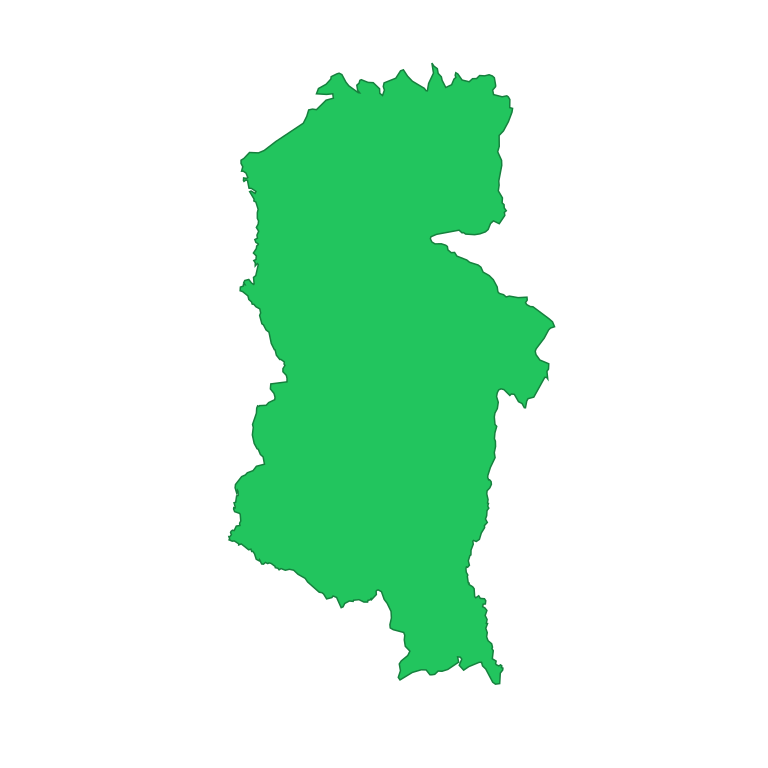 the district of Kamina, Katanga, Democratic Republic of the Congo, rotated 171°
{"feature_id": "63176286B31000864957103", "entity_name": "Kamina", "entity_type": "district", "adm_level": 2, "iso_a3": "COD", "parent_name": "Democratic Republic of the Congo", "parent_adm1": "Katanga", "projection": "natural_earth1", "projection_center": [24.927, -8.635], "detail": "fine", "context": "isolated", "style": "filled", "palette": "green", "viewbox_px": 768, "rotation_deg": 171, "n_neighbors": 0, "source": "geoboundaries", "source_scale": "gbopen_adm2", "svg_char_len": 6137}
<svg xmlns="http://www.w3.org/2000/svg" viewBox="0 0 768 768"><g transform="rotate(171 384 384)"><path d="M561.4,254.3L558.5,252.5L556.4,252.4L552.5,248.9L552.7,247.8L550.0,248.4L543.6,241.4L541.3,241.7L540.9,239.3L539.8,239.3L538.5,236.7L537.6,230.9L535.0,228.9L534.4,229.9L533.0,225.4L531.2,224.9L529.0,226.3L526.9,224.8L525.5,225.3L523.5,224.4L520.1,220.9L520.1,219.6L517.6,218.6L516.7,216.9L514.6,217.8L510.6,215.5L506.4,215.8L502.3,214.2L498.7,209.5L492.3,204.4L490.4,200.4L480.6,188.5L477.8,187.5L476.5,186.0L474.3,180.7L468.9,181.2L467.5,182.6L464.2,180.6L461.3,169.8L459.3,170.3L457.1,173.4L452.1,175.1L448.5,174.1L447.9,175.2L442.4,174.9L438.0,171.8L434.3,171.2L433.6,172.9L431.5,172.9L430.4,174.0L430.1,172.9L424.5,177.2L424.2,180.6L423.4,181.3L422.0,181.6L419.0,179.3L417.5,171.2L415.2,166.9L412.6,158.3L413.3,151.7L415.8,145.4L416.0,142.1L413.3,139.9L403.4,135.5L402.8,132.6L404.0,128.1L404.0,121.6L400.2,116.1L403.0,112.1L410.3,107.8L412.7,105.1L412.6,98.2L415.8,92.0L414.5,89.2L401.1,94.7L391.9,95.9L387.1,95.0L384.1,89.6L381.9,89.3L379.3,89.3L375.4,92.0L371.6,91.2L365.6,92.1L353.8,97.6L354.0,103.0L351.4,102.3L350.2,100.1L353.7,94.4L350.1,88.9L344.4,91.6L333.6,94.2L331.2,93.9L330.8,90.2L328.1,86.6L323.3,72.5L320.9,70.1L316.6,70.0L314.4,80.2L311.5,82.9L311.0,84.8L312.4,85.6L311.7,87.1L312.8,88.4L314.7,87.6L317.0,89.2L317.5,90.4L316.6,92.8L320.0,95.7L317.8,103.5L318.8,105.8L318.0,107.1L318.3,110.6L321.4,114.2L322.2,118.3L320.9,122.3L321.7,126.8L319.2,131.2L320.4,131.6L319.0,135.3L320.3,139.5L317.8,144.2L319.4,147.1L321.4,148.6L320.5,151.0L318.3,150.9L317.4,154.0L318.4,156.2L322.4,157.2L323.6,160.0L326.8,158.5L327.7,159.9L327.0,167.7L328.1,169.8L331.4,172.7L331.0,174.0L331.9,174.6L331.8,181.0L331.1,182.2L332.2,185.2L332.0,188.7L331.2,190.5L330.1,189.9L328.0,191.6L328.4,196.2L326.0,201.1L324.9,201.6L324.0,206.4L320.9,211.8L320.9,214.8L320.0,215.5L317.5,214.0L314.1,215.6L311.2,221.6L307.1,226.4L307.0,228.4L303.6,231.1L304.9,234.8L303.2,237.8L302.1,242.8L299.9,245.0L300.7,247.2L299.5,249.7L300.4,250.2L299.3,253.5L299.7,259.4L298.9,262.4L295.7,264.9L293.6,268.1L293.5,270.9L294.7,272.9L295.6,272.9L296.2,275.4L295.8,277.3L292.0,284.9L285.8,293.9L285.8,299.0L283.6,304.8L282.9,310.1L283.5,312.6L282.1,318.4L279.3,324.5L280.7,326.7L280.2,334.2L279.0,337.9L275.9,342.0L274.0,348.1L274.8,354.0L273.5,357.6L271.7,360.2L269.2,360.9L266.4,359.7L261.5,353.0L259.8,354.2L256.9,353.4L253.9,345.5L250.7,343.1L249.1,338.6L248.0,338.4L245.7,344.8L244.0,347.0L238.1,347.6L224.2,365.4L222.3,365.1L221.5,363.5L221.1,371.0L219.2,373.0L218.1,378.2L226.3,383.3L229.3,389.3L229.5,392.7L228.2,395.0L218.6,404.2L212.9,411.7L210.8,413.2L206.6,413.9L207.8,419.0L210.7,422.5L224.8,437.0L227.4,437.6L230.6,440.1L231.5,442.2L229.4,444.5L229.2,447.4L238.0,448.3L246.4,451.2L249.8,450.9L251.9,453.5L255.9,455.4L257.1,457.3L257.0,462.1L259.7,469.9L263.1,474.6L268.6,479.0L270.0,484.2L272.4,486.8L280.4,490.8L282.8,493.5L292.0,498.9L293.7,502.9L297.1,503.2L299.9,506.5L299.9,509.9L301.3,511.4L305.4,513.5L311.7,514.4L314.5,516.8L315.5,520.2L314.6,522.1L308.6,523.6L285.8,524.2L283.3,521.1L281.8,521.1L279.9,519.3L271.1,517.3L265.8,517.3L260.0,518.4L257.0,520.3L253.7,525.8L250.4,528.0L245.1,524.3L238.3,531.6L238.3,534.7L236.1,536.0L237.7,539.1L237.4,542.4L239.0,544.4L237.9,549.3L240.9,556.9L239.2,562.4L238.9,566.5L233.5,581.5L232.9,586.5L235.4,595.6L233.0,600.7L231.4,611.5L226.4,615.3L220.1,623.6L215.1,632.4L213.9,636.1L216.6,637.3L215.2,645.3L216.3,648.1L217.6,649.4L222.4,649.2L230.5,652.7L230.7,657.3L227.3,660.2L227.0,661.5L227.1,669.2L228.8,671.3L231.8,673.0L236.4,672.6L241.3,673.7L244.8,671.2L248.8,671.7L252.6,669.2L259.3,672.0L262.6,678.7L264.4,680.2L265.4,677.8L265.1,675.5L267.1,674.3L270.4,669.0L276.6,667.2L279.1,674.9L279.3,678.4L281.9,682.3L282.0,687.1L285.0,690.2L286.5,693.5L286.5,683.3L292.9,673.9L295.3,666.8L296.6,667.1L297.9,669.7L308.6,678.6L312.6,684.4L315.7,691.3L318.7,690.7L324.5,684.2L336.8,681.4L338.2,677.9L337.6,674.2L340.3,669.2L342.7,671.7L342.2,676.3L347.5,683.3L352.6,684.4L358.8,688.1L360.3,687.7L361.6,685.0L364.1,683.4L364.1,678.3L362.5,675.4L363.9,675.8L372.1,684.0L374.4,688.1L377.2,696.2L379.7,698.0L382.0,697.7L388.1,695.8L388.8,693.5L394.3,689.1L402.5,686.1L405.3,681.2L395.4,679.0L389.2,678.7L389.3,674.2L396.8,673.4L407.8,665.5L411.6,666.7L415.5,666.5L418.4,660.5L422.9,654.2L452.8,640.5L465.8,633.4L471.8,631.9L480.6,633.7L487.1,628.7L490.2,627.4L490.7,624.2L489.5,620.7L491.4,616.5L489.7,616.2L487.3,613.9L486.2,609.2L487.7,608.6L490.4,609.5L491.0,607.0L490.6,606.0L488.5,607.1L487.0,606.4L486.7,598.5L484.3,597.9L480.3,594.2L481.5,592.4L485.1,595.4L486.6,595.0L483.4,587.0L483.9,585.1L482.1,583.8L481.0,576.2L482.3,573.1L483.2,567.4L482.4,564.7L483.3,561.5L485.6,558.6L483.9,554.5L486.2,550.9L486.2,547.8L489.0,546.9L488.4,543.9L486.4,542.2L486.4,541.4L488.2,540.2L488.9,537.8L492.5,533.8L490.1,530.5L491.0,527.0L493.3,526.3L492.2,523.9L492.7,520.8L490.3,522.8L489.5,521.6L493.7,511.1L496.2,509.7L496.6,503.4L497.1,502.7L499.1,504.5L501.2,508.4L505.3,508.0L506.7,506.1L505.8,503.9L507.2,504.5L507.8,502.7L510.7,502.2L511.5,498.6L509.2,497.4L504.6,492.3L504.3,488.6L502.0,485.8L501.7,483.5L500.1,483.1L498.4,480.3L494.9,477.6L494.7,473.5L496.1,471.2L495.2,462.6L493.8,461.2L492.0,455.8L489.5,453.2L489.0,441.7L486.9,435.0L486.2,434.7L485.8,429.3L483.1,424.5L482.0,424.4L479.0,421.4L479.6,419.3L478.9,417.9L481.4,415.0L481.9,411.9L479.1,407.8L478.9,404.6L479.5,401.3L495.8,401.8L497.0,396.9L494.1,391.9L493.7,388.0L494.4,385.6L500.8,383.7L503.7,381.4L510.3,382.1L511.1,381.4L512.2,382.2L513.5,380.1L514.6,375.1L520.2,364.5L519.9,361.6L522.0,354.3L521.5,345.5L519.5,339.9L518.4,339.2L517.1,333.7L514.8,330.9L514.6,323.5L522.9,322.7L526.9,318.9L532.9,317.7L535.1,315.9L539.1,314.8L546.4,308.0L547.3,304.8L546.6,299.5L545.4,302.0L545.0,300.8L545.5,296.7L547.1,296.5L549.0,290.4L550.7,290.2L550.2,285.7L550.6,284.8L551.7,285.4L552.1,284.1L551.5,281.3L546.9,278.8L546.4,277.7L546.9,271.1L548.4,269.1L548.4,266.8L552.1,266.8L554.9,262.7L556.6,263.3L558.1,262.4L558.8,261.3L558.3,259.1L559.9,257.4L561.1,257.6L560.7,254.9L561.4,254.3Z" fill="#22c55e" stroke="#15803d" stroke-width="1.5"/></g></svg>